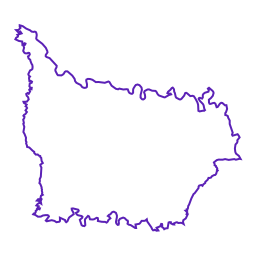 Bom Jesus, Rio Grande do Sul, Brazil (Mercator projection)
{"feature_id": "56859067B89984831429306", "entity_name": "Bom Jesus", "entity_type": "district", "adm_level": 2, "iso_a3": "BRA", "parent_name": "Brazil", "parent_adm1": "Rio Grande do Sul", "projection": "mercator", "projection_center": [-50.435, -28.545], "detail": "fine", "context": "isolated", "style": "outline", "palette": "violet", "viewbox_px": 256, "rotation_deg": 0, "n_neighbors": 0, "source": "geoboundaries", "source_scale": "gbopen_adm2", "svg_char_len": 5685}
<svg xmlns="http://www.w3.org/2000/svg" viewBox="0 0 256 256"><path d="M19.7,25.3L19.7,26.8L20.5,27.9L18.4,30.0L16.2,30.1L18.5,32.5L20.3,31.5L21.6,33.4L17.4,34.8L18.0,35.6L17.9,36.6L16.1,37.8L15.4,39.3L19.0,41.0L22.2,41.5L22.4,44.5L24.5,43.2L25.5,43.6L25.1,44.7L23.4,45.8L24.1,47.7L23.2,50.9L24.2,52.6L25.2,53.3L27.2,53.4L28.2,52.8L29.3,53.0L29.8,54.2L29.1,55.7L28.0,56.4L28.6,58.5L30.2,59.7L30.4,60.8L31.5,63.7L32.3,64.9L32.6,66.9L32.4,68.9L31.5,69.8L30.1,70.4L28.3,74.1L29.0,75.9L30.0,76.5L29.0,77.9L29.4,81.0L30.7,80.9L32.0,81.7L31.6,82.8L29.8,83.3L29.4,86.3L30.4,87.7L31.7,87.8L31.5,89.3L29.9,88.9L29.2,89.8L30.1,91.4L28.7,93.8L27.6,93.0L26.2,94.0L26.7,95.7L28.1,97.2L28.7,99.4L26.8,101.7L23.5,101.8L23.9,102.9L26.7,104.6L25.6,106.3L26.4,106.8L27.1,108.0L25.5,110.4L26.9,112.0L25.3,114.2L24.1,114.8L23.4,115.8L24.5,116.9L24.1,118.4L23.2,119.6L23.9,123.0L23.3,123.8L24.3,126.9L23.4,132.0L24.5,133.9L26.0,137.7L25.8,140.1L26.0,141.3L26.5,142.1L26.1,143.3L27.0,145.7L27.1,146.9L29.3,147.5L32.7,150.8L34.2,151.8L34.2,152.9L35.8,154.6L37.7,154.5L38.8,155.6L40.2,156.0L40.4,157.2L41.2,157.8L41.6,160.9L42.8,163.0L40.3,164.7L40.7,166.3L41.4,167.5L40.8,176.8L39.7,179.2L39.9,181.0L39.4,183.1L40.4,184.2L41.6,187.3L41.6,188.5L42.0,189.5L41.8,190.8L42.3,192.5L42.0,193.8L42.8,194.8L41.0,195.7L40.5,197.8L41.6,199.1L41.1,200.2L39.6,199.2L38.1,199.2L36.9,200.6L38.4,200.8L40.9,202.1L41.2,203.7L40.2,203.0L38.9,203.1L37.4,204.2L36.4,205.5L38.7,206.3L37.7,207.8L39.9,208.3L39.5,209.3L38.2,208.9L36.8,209.3L36.7,210.3L35.7,210.9L35.7,212.1L35.2,213.1L33.7,213.6L33.2,214.3L35.2,214.9L38.0,216.7L40.8,216.6L42.9,215.5L45.7,215.1L47.5,215.1L48.5,215.6L48.9,216.5L45.8,220.6L46.7,221.3L51.7,220.2L54.5,220.9L56.4,222.2L59.4,221.7L60.0,220.9L59.9,217.7L65.1,220.1L65.4,221.4L66.2,222.2L67.4,221.3L68.9,217.9L69.6,217.1L73.7,214.2L73.4,212.7L71.8,209.8L71.7,208.6L72.9,208.4L78.2,209.7L78.7,210.6L78.3,211.6L75.9,212.9L76.7,214.4L78.1,215.3L81.6,216.0L82.5,216.8L82.2,217.8L79.8,219.8L81.6,225.1L82.6,225.8L84.4,226.1L85.3,225.1L84.9,220.3L85.1,219.2L88.0,215.9L89.1,216.5L90.0,219.3L92.8,219.5L94.2,219.2L96.6,217.8L97.7,218.0L98.0,219.1L97.9,221.0L101.8,221.8L105.1,221.9L106.6,222.6L107.7,221.6L108.4,220.0L110.4,218.3L109.3,216.9L107.9,216.0L109.1,214.8L110.4,214.3L111.9,212.4L112.8,211.9L113.8,211.7L115.9,212.8L116.9,215.4L116.9,217.1L116.0,221.6L116.1,222.8L116.6,223.8L117.7,224.9L118.6,224.7L118.9,223.3L118.6,220.8L120.0,218.8L123.1,217.6L124.6,218.1L126.8,220.3L127.7,220.6L128.0,221.9L127.5,223.7L128.6,224.6L130.7,225.1L135.2,228.0L136.1,228.0L135.5,224.5L139.3,223.8L140.0,223.2L141.6,220.9L144.0,220.9L145.3,220.6L146.8,219.3L147.2,221.4L151.4,227.4L152.1,229.1L153.1,230.3L154.1,230.2L154.9,229.7L156.4,230.7L158.3,230.5L156.6,227.7L160.1,226.4L161.2,223.9L162.0,224.0L162.3,225.1L161.9,226.6L162.4,227.4L163.4,227.8L164.2,229.2L165.7,228.4L167.6,228.2L168.6,222.5L169.7,222.1L170.9,222.3L170.8,223.3L172.9,224.4L174.2,224.5L173.9,223.4L176.4,222.3L177.4,222.4L178.2,223.0L181.0,222.8L182.4,223.2L183.6,224.0L183.0,222.1L183.3,220.2L185.8,218.4L187.7,214.3L186.6,214.1L187.2,212.4L185.6,210.7L187.1,210.5L186.7,209.3L187.8,208.8L188.3,205.8L189.0,204.8L191.4,198.4L193.6,194.0L194.6,193.3L198.5,188.1L198.6,186.5L199.2,185.6L201.3,185.0L202.5,185.8L203.3,184.4L205.2,183.0L205.3,181.9L207.7,179.7L208.5,177.9L209.5,178.0L211.1,177.5L211.8,176.3L213.8,175.2L215.3,174.9L216.2,173.7L216.8,171.5L217.7,170.5L216.9,169.9L217.3,168.8L216.8,167.5L216.0,166.9L215.9,165.9L214.6,165.3L214.7,164.2L213.9,162.4L216.8,160.1L218.6,159.6L222.6,159.7L225.1,159.1L228.7,159.9L234.3,159.1L235.9,159.7L239.5,158.8L240.6,159.0L238.9,155.9L236.0,153.6L235.3,151.9L234.9,148.5L235.5,144.5L237.1,142.7L237.5,141.3L237.3,140.3L239.6,137.4L238.8,135.8L237.6,134.2L232.6,135.7L232.0,134.7L232.7,132.7L229.7,124.0L229.7,120.5L228.2,117.8L227.8,116.1L226.5,115.3L225.3,115.0L225.3,113.1L226.0,112.2L227.1,108.9L226.4,105.2L225.0,105.3L222.4,103.0L221.2,102.8L219.9,103.7L217.6,107.0L216.6,107.2L215.5,103.9L214.5,102.9L213.1,103.0L210.6,103.9L209.6,103.8L209.0,102.6L208.9,99.7L210.9,98.1L212.8,95.8L213.6,93.0L213.3,91.9L212.5,90.8L209.0,87.8L207.9,88.6L208.8,90.3L208.4,91.7L205.0,92.7L203.5,93.8L202.8,95.0L202.8,97.5L202.1,98.6L200.0,97.8L199.1,98.0L198.6,98.9L200.0,101.0L202.9,104.0L203.6,105.3L204.3,108.8L205.0,110.1L204.1,110.8L203.0,110.7L199.6,111.4L198.4,110.8L198.1,104.7L197.4,102.4L195.4,98.6L193.9,96.3L192.7,95.8L190.3,96.1L187.1,93.3L186.1,92.8L185.2,93.1L184.2,95.6L181.5,98.8L180.6,99.4L179.5,99.4L176.4,97.8L175.7,96.8L174.9,93.1L174.2,91.7L174.0,89.4L173.5,88.5L172.7,87.6L171.7,88.1L170.4,89.8L168.1,91.7L167.4,93.1L168.5,93.6L170.6,93.6L171.1,94.4L169.0,95.0L165.0,97.3L164.1,97.3L159.0,95.5L157.8,94.4L156.2,91.5L155.4,90.9L152.1,90.7L149.0,89.4L147.5,89.5L144.7,91.0L144.1,92.3L144.9,94.6L145.2,97.1L144.9,98.2L144.1,99.0L143.1,99.5L142.0,99.2L140.6,97.6L140.6,95.0L141.9,89.8L141.5,87.5L139.5,85.2L137.6,84.5L135.8,85.0L135.0,86.0L133.4,88.6L133.1,89.9L133.1,92.7L132.3,93.7L131.3,93.8L129.5,93.0L128.7,91.9L127.8,89.4L126.5,89.2L123.3,89.5L119.3,88.6L118.1,89.3L115.9,88.8L111.6,85.7L109.4,82.0L108.4,81.5L104.8,82.8L98.5,82.0L95.8,82.1L92.5,79.8L90.0,79.0L87.9,78.9L86.4,79.6L86.2,80.8L87.0,84.2L86.9,86.9L85.9,87.7L84.3,87.9L83.3,87.6L82.1,87.0L80.7,85.0L76.4,82.8L75.1,81.1L74.6,78.9L72.3,75.6L67.5,71.4L65.8,71.3L64.8,71.9L63.8,73.7L62.7,74.7L61.4,75.4L57.9,75.2L57.2,74.4L55.4,70.8L55.4,69.4L56.5,67.3L56.7,65.8L49.6,58.1L46.5,57.0L45.7,56.2L45.8,54.9L47.5,52.4L47.3,51.1L45.8,47.8L42.3,43.8L36.7,39.5L36.2,38.4L36.7,35.6L36.7,34.6L36.4,33.2L35.8,32.0L34.7,31.6L33.6,31.9L31.6,31.6L30.1,30.3L26.2,28.6L22.8,26.2L19.7,25.3Z" fill="none" stroke="#5b21b6" stroke-width="2"/></svg>